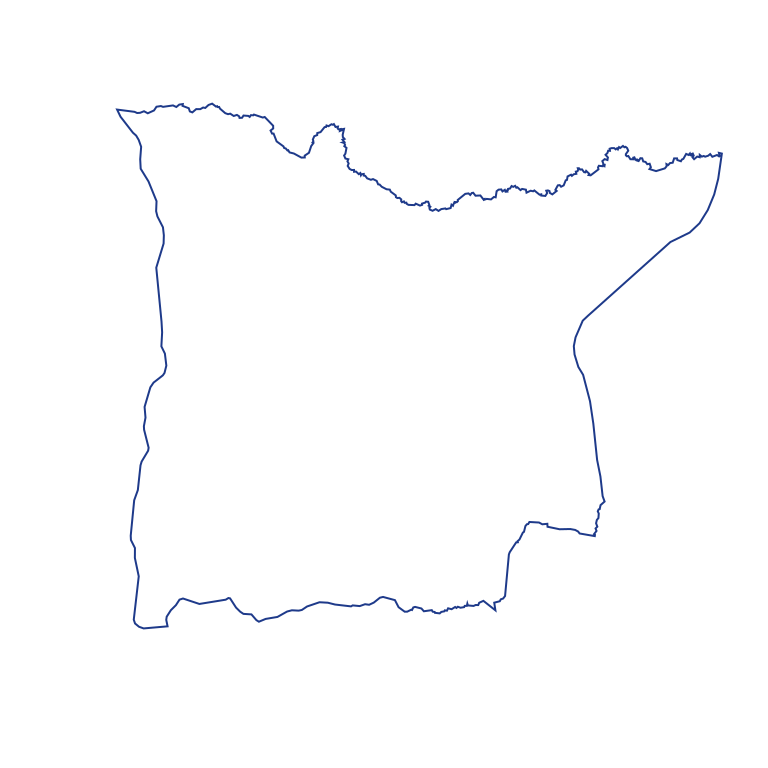 Phanom Dong Rak, Surin, Thailand, rotated 98°
{"feature_id": "78962969B88095074466781", "entity_name": "Phanom Dong Rak", "entity_type": "district", "adm_level": 2, "iso_a3": "THA", "parent_name": "Thailand", "parent_adm1": "Surin", "projection": "albers", "projection_center": [103.261, 14.433], "detail": "fine", "context": "isolated", "style": "outline", "palette": "blue", "viewbox_px": 768, "rotation_deg": 98, "n_neighbors": 0, "source": "geoboundaries", "source_scale": "gbopen_adm2", "svg_char_len": 6151}
<svg xmlns="http://www.w3.org/2000/svg" viewBox="0 0 768 768"><g transform="rotate(98 384 384)"><path d="M149.4,686.5L156.0,682.1L170.1,667.6L172.5,664.0L176.4,660.9L182.9,657.5L195.4,656.7L204.7,654.9L216.2,645.4L234.6,634.7L244.6,633.7L249.6,631.7L259.6,624.7L267.4,622.7L275.6,621.8L300.5,625.7L353.2,613.0L363.7,610.9L377.7,609.7L384.4,605.2L396.1,602.1L403.6,602.9L406.2,604.2L414.7,612.4L419.8,614.9L440.0,617.9L450.5,615.5L459.2,615.9L462.7,615.2L479.9,608.2L482.9,608.3L494.5,613.2L498.4,613.8L523.3,613.0L533.9,615.2L569.5,613.7L573.7,612.9L581.1,607.8L590.9,606.5L608.6,600.1L652.2,599.0L655.8,597.2L658.5,592.8L659.5,588.0L654.1,564.6L647.9,566.8L644.7,566.8L637.7,563.6L632.0,559.3L626.0,556.5L624.4,553.2L627.5,536.2L619.6,510.7L617.6,508.3L617.7,506.6L626.0,499.4L629.5,494.7L631.2,491.2L630.6,483.2L635.6,477.5L636.8,474.8L633.1,468.5L629.5,457.1L622.8,448.3L620.9,443.7L620.3,436.9L619.2,433.9L615.0,429.2L609.1,417.5L608.4,409.2L609.2,401.8L608.8,385.7L607.6,384.2L607.3,377.1L604.7,372.1L604.7,368.0L601.9,363.7L596.2,358.3L595.0,355.3L596.5,343.1L603.0,338.5L606.6,331.8L606.2,329.3L603.7,325.6L603.9,324.8L601.2,323.9L600.4,322.2L601.1,315.7L603.5,312.9L601.3,305.2L602.7,304.1L602.7,302.1L603.5,301.7L603.4,296.9L601.7,295.5L600.7,292.6L599.7,292.3L599.7,290.1L597.2,289.3L597.6,285.7L594.9,282.5L595.7,281.1L594.3,279.9L594.9,277.1L593.8,273.6L592.5,273.2L592.2,271.1L589.9,270.9L591.6,270.1L591.3,264.4L590.1,262.5L589.8,259.9L587.4,259.3L584.9,255.4L592.6,242.2L585.2,244.4L583.0,239.1L581.0,238.4L579.9,236.2L577.1,234.6L535.4,236.6L533.1,236.1L522.5,231.1L522.1,229.5L521.2,229.9L519.1,228.2L511.8,225.8L510.9,224.8L505.0,224.2L503.0,223.0L502.6,221.7L500.4,220.8L499.6,211.2L500.9,207.7L499.7,202.8L502.6,202.2L503.4,189.9L501.7,179.4L501.9,174.4L503.1,171.2L504.8,169.5L505.3,154.1L504.0,154.1L503.4,155.1L499.9,153.1L497.6,154.4L495.6,152.9L492.4,154.6L489.0,154.3L486.9,153.0L482.4,153.3L480.3,154.6L478.3,154.0L477.9,153.0L473.8,152.7L469.7,149.2L464.6,151.9L445.5,156.8L429.5,162.4L394.1,171.2L372.4,177.6L347.2,188.1L340.1,193.9L328.3,199.4L320.1,201.3L311.1,200.8L293.6,196.0L287.9,191.4L203.5,120.1L191.5,102.4L180.9,93.9L166.7,87.6L150.4,83.4L134.3,81.6L108.8,81.5L108.5,84.5L111.5,83.3L112.0,83.8L110.9,86.1L113.3,90.5L110.9,93.0L112.8,94.7L114.2,97.6L113.7,99.1L114.6,100.9L113.2,103.2L115.5,102.9L115.2,105.5L118.2,108.2L116.6,110.0L114.7,109.1L112.8,110.3L113.3,111.2L115.1,111.0L114.7,112.6L113.2,113.2L114.8,114.3L114.1,116.8L119.4,118.9L120.3,120.3L122.1,121.0L121.4,124.7L119.8,125.2L120.2,128.1L124.7,128.9L125.4,131.5L127.6,133.0L126.9,134.9L129.0,134.4L131.4,135.9L135.3,144.2L134.2,151.0L132.2,149.9L128.9,151.6L129.7,153.9L127.7,155.9L127.5,158.3L124.6,159.7L124.7,161.5L127.8,162.9L127.5,164.6L125.8,164.2L127.1,165.3L127.0,166.2L124.7,167.6L125.2,168.7L126.8,168.5L127.1,171.3L124.2,173.8L124.7,175.1L123.9,176.3L122.7,176.5L119.0,174.6L116.5,176.1L115.5,177.8L116.1,178.9L115.0,180.5L117.4,182.9L116.7,184.2L119.1,185.0L118.1,186.0L119.4,187.2L118.4,188.8L118.8,191.6L119.6,193.3L121.6,192.7L121.8,194.5L124.2,194.9L126.2,196.5L128.5,193.8L131.1,193.9L130.6,196.8L132.9,198.8L136.3,196.9L136.2,196.0L137.5,196.0L136.7,197.5L137.9,197.7L138.0,201.6L139.7,202.2L141.6,201.5L148.6,208.4L148.6,210.5L147.3,210.0L144.8,213.5L146.4,214.0L146.4,215.3L143.9,217.8L144.4,219.5L143.2,221.0L143.4,222.1L144.5,221.5L146.4,222.0L147.0,223.6L149.1,222.8L149.9,225.3L151.7,226.9L150.7,227.9L152.9,231.1L156.4,231.2L157.0,232.4L162.3,233.7L164.0,236.1L162.6,237.7L163.1,239.5L167.9,241.3L168.8,239.9L172.8,243.7L171.7,246.3L169.9,247.0L169.5,248.6L170.0,250.2L172.2,249.0L175.3,250.4L175.5,254.5L174.3,254.7L174.9,256.3L171.4,262.1L172.4,263.1L172.2,265.7L174.7,269.5L171.8,270.5L171.6,274.4L173.0,275.8L170.6,279.3L171.2,280.3L169.5,281.7L170.8,283.5L170.2,285.2L172.9,286.4L173.5,288.3L174.7,288.3L175.1,289.1L176.3,288.6L176.7,290.4L174.9,291.4L176.8,293.5L175.0,294.9L175.6,297.6L177.4,299.3L183.6,299.4L183.5,301.2L186.3,303.7L186.4,308.0L187.6,310.4L186.8,310.4L187.2,311.4L183.9,314.8L184.8,319.6L182.2,322.3L182.7,323.7L184.8,324.9L183.5,326.8L184.4,330.0L191.5,336.6L192.7,336.3L193.8,337.2L193.9,339.2L194.7,338.9L195.1,339.9L197.9,340.5L197.0,342.1L200.5,342.5L202.2,346.8L201.6,347.6L202.8,351.6L205.0,354.1L203.6,357.1L205.7,360.0L204.9,362.9L203.2,363.6L202.1,362.8L201.3,364.5L200.6,363.9L197.4,365.6L197.5,367.8L198.6,368.4L200.1,371.5L201.3,371.2L202.3,373.2L201.0,377.7L202.6,378.7L203.2,384.7L202.4,386.6L201.3,387.1L201.7,388.8L200.4,389.7L201.5,391.5L200.5,392.5L198.8,392.6L197.5,394.6L198.0,396.7L197.3,398.2L195.6,398.6L192.6,404.1L190.7,405.3L190.8,408.6L189.0,413.7L187.1,416.1L187.1,417.6L183.9,419.5L182.6,423.4L183.6,425.4L182.7,429.3L180.5,431.5L180.4,433.1L178.8,433.3L179.4,435.4L180.5,435.9L178.4,436.8L179.7,438.2L177.5,441.3L178.0,443.2L176.2,443.5L176.6,445.7L175.8,448.0L173.1,450.3L170.5,449.7L168.6,451.2L166.4,450.6L166.1,453.6L163.3,455.3L161.3,454.3L155.4,454.0L154.0,456.4L152.7,455.8L150.9,456.9L150.6,458.5L149.9,456.9L147.8,459.1L146.8,457.2L145.2,459.1L143.0,459.6L136.9,459.1L137.5,460.9L138.4,460.9L139.5,462.8L137.6,462.6L138.2,464.5L137.3,465.5L135.5,465.4L136.2,467.8L133.6,469.8L134.4,470.7L134.1,472.2L136.4,474.8L136.0,476.9L137.5,477.1L137.9,478.6L143.4,481.9L144.8,485.0L146.8,484.8L148.3,487.5L151.8,488.5L153.4,487.7L154.8,488.4L155.2,487.4L158.5,489.2L165.5,490.5L168.9,494.3L170.7,494.0L171.3,497.3L168.3,505.3L167.8,509.8L165.8,511.4L166.2,512.1L164.4,514.1L164.2,515.7L162.7,516.6L158.7,524.1L151.4,528.2L151.6,529.7L148.8,531.6L146.4,529.3L143.7,529.7L136.2,539.3L137.0,541.1L135.3,550.3L136.1,550.8L136.3,553.2L138.2,554.2L137.4,555.7L137.7,560.5L140.1,561.6L140.6,564.1L139.1,564.7L138.0,567.1L139.5,570.1L137.7,573.9L138.5,576.0L137.9,578.9L134.1,584.8L132.6,585.8L132.9,587.2L132.1,587.9L132.7,588.9L130.3,593.2L132.1,596.6L135.5,599.4L135.4,601.6L137.4,604.2L137.9,608.2L141.7,611.6L141.1,614.2L138.1,615.7L136.6,622.2L134.8,622.2L135.8,625.6L138.6,628.2L137.5,631.7L140.3,641.4L139.8,643.6L141.1,647.9L145.1,649.8L148.8,655.6L147.3,659.6L149.4,663.3L150.0,666.2L149.2,668.9L149.4,686.5Z" fill="none" stroke="#1e3a8a" stroke-width="2"/></g></svg>